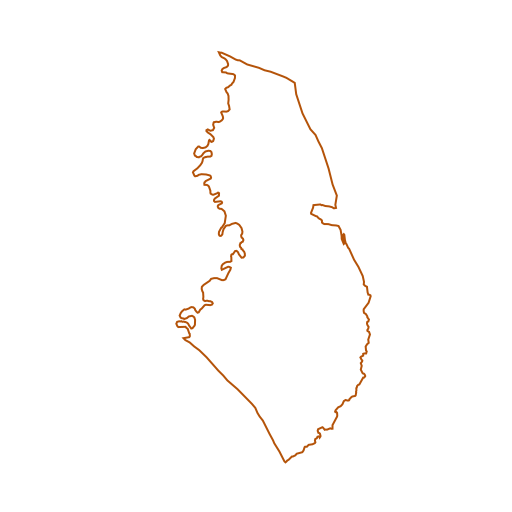 the district of Ahuas, Gracias a Dios, Honduras, rotated 341°
{"feature_id": "27666195B1442019449651", "entity_name": "Ahuas", "entity_type": "district", "adm_level": 2, "iso_a3": "HND", "parent_name": "Honduras", "parent_adm1": "Gracias a Dios", "projection": "mercator", "projection_center": [-84.342, 15.493], "detail": "fine", "context": "isolated", "style": "outline", "palette": "amber", "viewbox_px": 512, "rotation_deg": 341, "n_neighbors": 0, "source": "geoboundaries", "source_scale": "gbopen_adm2", "svg_char_len": 6123}
<svg xmlns="http://www.w3.org/2000/svg" viewBox="0 0 512 512"><g transform="rotate(341 256 256)"><path d="M349.0,104.9L342.7,97.4L340.0,95.0L329.8,86.5L324.6,83.2L320.0,79.0L310.0,72.0L304.3,65.7L302.5,65.0L300.7,63.6L296.5,58.9L289.6,52.5L289.0,52.4L287.2,51.3L287.5,54.7L288.3,56.7L290.6,59.0L291.5,60.5L292.1,62.3L292.1,65.5L291.5,66.9L289.7,67.8L286.8,67.8L285.1,68.3L283.9,69.5L283.9,71.2L287.4,72.7L288.0,73.6L288.8,74.2L293.5,76.5L294.6,77.7L294.9,78.6L294.0,80.9L291.4,84.1L289.4,85.2L288.5,86.1L286.7,86.4L284.7,87.3L282.7,87.3L281.2,88.1L281.5,91.6L282.1,93.1L282.1,95.7L280.9,99.5L279.4,102.7L279.4,105.3L278.8,108.8L276.8,109.9L275.1,109.9L271.6,108.5L270.4,108.5L269.8,109.0L270.1,113.1L269.8,114.9L269.2,115.7L267.8,116.6L265.5,117.2L264.3,117.2L262.0,116.0L260.6,116.0L260.0,115.7L259.4,116.0L258.2,118.0L258.2,121.2L256.2,123.0L253.6,122.7L251.6,120.6L250.1,120.9L249.8,121.8L250.4,122.7L250.4,123.2L252.7,126.2L254.4,129.7L254.4,131.4L252.9,133.4L251.2,133.7L250.6,133.1L250.6,132.6L249.8,131.1L249.2,131.4L247.4,134.6L246.0,136.0L243.7,136.9L240.8,136.6L239.0,135.7L237.9,134.0L237.0,133.7L233.8,135.4L230.9,138.9L230.9,141.2L231.8,142.1L232.1,143.0L234.1,144.1L234.7,143.8L236.4,143.9L238.1,143.0L239.6,141.8L242.2,140.7L245.4,141.0L247.1,141.9L247.7,143.3L247.4,145.3L246.5,146.8L245.1,147.1L242.2,146.2L240.7,146.2L240.4,145.9L238.1,146.2L237.3,147.1L236.4,148.8L235.2,150.3L232.9,152.0L229.1,154.0L224.5,155.5L223.6,156.4L223.9,159.9L224.4,160.8L226.8,161.1L228.2,160.6L231.1,160.9L235.4,162.7L238.6,164.8L239.1,165.6L239.1,167.1L238.5,168.0L232.7,168.8L232.2,169.3L231.3,169.6L230.7,170.5L230.4,171.9L232.7,172.8L233.5,173.7L234.1,174.9L234.1,179.5L233.5,181.3L233.4,182.2L234.0,183.0L234.9,183.9L235.7,184.2L240.1,184.0L240.7,183.7L241.2,184.0L241.5,184.6L240.6,186.9L235.7,188.3L234.5,189.4L234.2,190.3L234.8,191.5L240.3,192.7L241.1,193.3L241.4,194.2L240.8,195.1L237.0,195.6L236.2,196.2L235.9,197.0L236.1,198.5L237.3,199.7L238.4,200.0L239.0,200.6L240.7,203.5L240.6,208.1L237.1,214.8L233.0,217.9L232.4,217.9L228.9,221.1L228.0,223.1L228.0,224.6L228.3,225.1L229.1,225.5L229.7,225.5L231.2,224.6L232.4,222.3L234.1,220.0L237.3,217.7L238.8,217.7L240.8,218.3L243.7,217.8L247.5,218.1L248.9,219.3L250.3,221.1L251.4,224.9L251.1,228.6L250.2,230.4L249.0,231.2L248.5,232.1L248.4,233.8L249.3,235.3L249.3,236.8L248.1,238.2L246.9,238.2L246.1,238.8L245.5,238.7L244.3,240.2L244.0,241.1L244.0,242.5L244.6,243.4L244.5,244.8L245.4,245.4L245.4,246.3L246.2,248.1L246.2,250.1L245.6,252.1L243.6,253.3L241.8,252.9L240.4,248.9L240.2,246.5L239.3,244.8L237.9,244.5L234.7,246.8L234.1,246.5L233.2,246.7L232.3,248.2L232.3,249.0L231.1,252.8L229.7,253.1L226.8,252.2L224.8,252.2L221.9,253.0L220.4,254.1L219.2,256.4L219.2,257.9L226.2,257.1L227.3,257.7L228.4,258.9L227.3,260.6L224.3,263.2L219.6,268.1L217.6,268.3L215.9,267.7L211.9,264.2L209.3,263.3L206.1,263.0L204.1,264.4L197.1,266.3L194.8,267.5L193.9,269.5L193.8,272.1L194.1,273.3L192.9,277.6L192.0,279.4L192.0,280.8L193.1,282.0L195.2,282.3L196.9,283.5L198.0,283.8L199.5,285.3L199.7,286.7L198.6,287.6L196.8,287.6L192.8,285.8L191.4,285.8L187.6,288.0L185.8,288.6L183.5,290.6L182.3,290.6L181.5,289.1L180.9,287.1L181.0,285.9L180.1,284.2L178.4,283.3L177.2,283.3L175.2,283.8L172.0,283.8L171.1,283.2L170.6,283.2L167.9,284.3L166.2,285.5L164.4,287.5L164.7,289.8L165.6,290.7L167.3,291.6L167.6,292.2L170.5,292.2L172.8,291.3L176.0,291.7L177.1,292.9L177.7,294.0L177.6,296.6L175.9,301.0L175.3,301.8L172.4,303.6L171.2,303.5L170.1,300.0L169.8,298.0L169.2,296.8L167.8,295.4L167.0,295.1L166.4,294.5L164.9,294.2L164.1,293.3L163.2,293.3L162.1,292.7L160.0,292.6L158.6,294.1L158.8,296.7L159.4,297.9L166.3,300.0L166.9,301.5L167.7,302.6L167.7,307.3L168.0,307.9L167.4,310.2L166.5,311.0L160.7,310.1L161.8,312.5L165.2,316.2L168.1,321.4L171.7,326.6L176.3,335.7L183.0,352.0L186.1,358.3L188.4,364.3L195.1,375.8L204.0,394.5L205.9,399.4L206.3,404.9L207.2,409.0L208.9,413.9L210.9,428.7L212.1,435.8L212.3,439.0L214.5,448.6L216.0,459.4L216.7,460.7L218.2,460.1L218.8,459.6L220.5,459.3L224.6,457.3L225.5,457.6L228.3,457.3L230.1,456.2L235.9,456.6L237.6,455.4L239.7,452.6L240.3,452.3L242.0,452.9L244.3,451.7L248.1,452.4L250.7,452.1L251.5,451.5L251.6,449.8L252.4,448.4L254.2,448.1L255.3,446.9L256.5,447.0L257.1,447.8L257.1,448.4L258.2,447.6L258.5,446.7L258.6,444.7L258.0,443.8L257.4,443.5L257.4,442.3L257.4,441.4L258.3,440.0L263.0,439.5L263.5,440.1L264.4,442.7L265.2,442.7L266.7,443.3L270.1,443.1L271.0,443.9L272.1,444.2L273.3,440.8L280.4,434.2L280.9,433.3L281.6,430.7L281.3,429.8L280.7,429.8L280.1,429.0L281.0,427.8L284.5,425.8L287.1,425.6L289.4,424.4L291.8,421.8L293.8,421.3L295.5,422.5L296.7,422.8L297.3,422.5L297.6,421.9L300.2,420.5L301.3,420.2L304.2,420.6L304.8,420.3L306.3,417.7L306.3,417.1L307.2,415.7L307.8,413.6L308.4,413.3L309.2,411.9L310.7,411.1L311.9,411.1L317.7,405.9L318.3,406.2L320.0,405.4L320.3,404.5L320.1,403.3L319.8,402.5L318.9,401.9L318.6,401.3L318.1,397.5L320.2,394.3L320.2,391.4L322.0,390.3L322.5,389.4L322.0,388.3L321.7,385.9L322.6,385.4L324.9,385.1L325.5,383.4L326.7,383.4L328.4,384.0L329.6,382.3L329.3,381.1L330.2,377.3L332.3,375.6L334.3,374.8L334.9,371.6L338.2,367.3L338.2,364.6L337.0,363.2L337.1,362.3L338.5,361.2L339.4,359.7L338.9,357.7L338.9,356.2L339.5,354.8L339.8,354.5L340.9,354.5L342.1,352.8L341.3,350.2L341.6,349.3L341.0,346.7L339.6,344.9L339.9,342.9L340.5,341.4L347.2,336.9L351.3,331.4L351.4,330.5L350.8,329.7L349.6,329.1L349.7,326.7L350.9,321.2L349.5,319.8L348.6,318.0L349.7,315.6L350.4,309.7L349.3,299.6L347.5,291.4L346.4,279.4L345.8,278.3L345.4,274.1L345.0,273.3L345.3,269.8L346.4,264.7L346.1,263.9L345.6,264.2L344.1,267.5L343.5,272.0L343.3,273.0L342.9,273.2L342.6,267.8L343.5,264.8L344.5,258.9L343.8,254.5L341.7,253.2L337.7,251.5L334.8,249.4L331.1,248.1L330.3,247.4L329.3,245.9L329.9,243.8L329.0,242.2L328.2,241.6L327.3,240.2L326.6,238.4L325.6,237.8L321.9,234.1L322.0,233.2L325.7,228.9L326.9,226.6L333.6,228.2L334.5,229.3L335.4,229.4L337.8,231.3L341.3,232.9L343.8,234.6L345.2,236.3L347.3,236.6L347.7,233.4L352.1,225.2L351.7,213.3L353.1,196.9L353.4,175.5L352.3,167.9L351.7,160.9L348.7,153.9L346.4,136.3L346.7,116.1L349.0,104.9Z" fill="none" stroke="#b45309" stroke-width="2"/></g></svg>